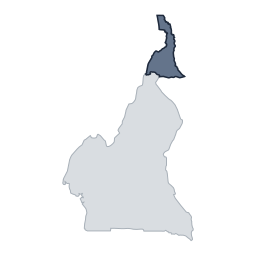 Extrême-Nord highlighted on a map of Cameroon
{"feature_id": "CMR-1462", "entity_name": "Extrême-Nord", "entity_type": "Province", "adm_level": 1, "iso_a3": "CMR", "parent_name": "Cameroon", "parent_adm1": "", "projection": "natural_earth1", "projection_center": [14.611, 11.501], "detail": "fine", "context": "in_parent", "style": "filled", "palette": "slate", "viewbox_px": 256, "rotation_deg": 0, "n_neighbors": 0, "source": "natural_earth", "source_scale": "10m", "svg_char_len": 7043}
<svg xmlns="http://www.w3.org/2000/svg" viewBox="0 0 256 256"><path d="M63.2,179.9L63.7,178.3L67.4,171.1L69.7,159.6L70.8,156.9L71.8,155.1L77.2,149.0L79.2,147.0L82.1,144.8L84.1,140.3L84.8,139.8L85.7,139.4L90.3,135.6L90.8,136.3L91.1,137.3L91.4,137.7L92.9,138.0L94.9,138.0L96.1,137.7L96.7,136.9L97.4,134.8L97.7,134.4L98.2,134.3L100.5,135.8L104.1,140.0L105.1,140.7L105.5,141.5L106.3,145.3L106.7,146.3L107.5,146.6L108.9,146.4L110.4,145.7L111.7,144.7L113.0,143.5L113.9,142.4L114.3,141.5L114.5,138.4L114.8,137.7L119.6,133.2L119.5,132.8L118.7,131.6L118.0,130.2L118.7,128.7L119.4,127.6L122.2,123.9L122.4,121.2L124.6,116.9L125.9,111.3L126.0,110.2L128.9,104.0L131.9,103.5L133.1,102.6L134.4,101.1L135.3,99.6L135.7,98.3L136.0,95.7L136.6,92.7L136.9,90.0L137.8,87.6L139.3,86.4L142.0,85.4L142.4,84.9L142.8,83.3L143.2,77.9L143.6,75.6L146.1,72.9L147.2,68.7L148.1,64.3L150.9,59.0L154.2,53.7L155.7,52.3L157.0,51.7L158.5,51.6L159.5,51.2L163.0,48.6L164.4,47.7L165.5,46.8L165.8,46.0L165.9,44.8L165.6,42.1L166.2,40.1L166.5,37.0L166.7,34.6L166.5,33.8L165.9,32.4L164.8,30.8L163.1,29.9L160.7,29.7L159.4,29.2L158.9,26.4L158.8,24.6L157.1,15.4L160.2,15.4L163.9,16.5L164.8,17.4L165.3,20.5L166.6,22.3L168.9,23.8L170.4,26.8L171.0,31.4L172.2,34.2L172.5,34.6L174.4,39.8L174.5,42.2L174.3,43.8L175.1,45.8L173.9,49.2L173.6,51.3L173.5,54.3L174.2,59.5L175.2,63.5L176.4,66.7L177.7,69.2L179.8,72.0L182.0,74.5L184.1,76.1L182.2,77.1L178.4,77.2L176.3,76.6L175.2,76.6L174.2,77.0L170.2,77.4L166.2,77.2L162.4,76.6L160.1,76.7L158.4,78.2L157.0,80.5L155.6,82.4L156.1,84.4L157.1,85.5L159.0,88.0L160.8,90.4L161.7,92.0L165.1,95.5L168.5,98.7L170.0,99.8L170.6,100.0L172.5,101.8L175.0,104.8L177.3,109.4L180.5,118.7L181.2,119.5L182.4,120.0L182.5,121.0L182.4,122.4L182.1,123.6L179.5,128.5L177.2,130.3L176.5,131.5L175.7,134.3L173.6,139.8L172.7,140.6L170.7,144.3L169.0,149.0L168.6,149.8L167.9,150.3L165.5,151.5L164.7,152.1L163.5,153.6L163.3,154.5L163.9,155.9L164.6,156.9L165.8,156.9L166.5,158.0L166.5,165.3L165.9,166.4L165.9,166.8L165.7,168.1L165.6,169.5L165.7,170.1L166.2,170.5L166.9,171.5L167.3,173.7L168.1,181.6L168.4,182.9L169.1,183.8L171.2,185.5L173.4,187.7L174.1,189.2L174.5,191.5L175.4,193.4L175.3,194.0L175.0,194.3L173.6,194.5L174.1,195.8L175.2,198.2L180.8,205.5L186.2,212.0L187.5,212.5L188.5,212.6L188.9,213.0L189.4,213.9L191.2,216.3L191.5,217.7L191.1,219.0L191.5,221.0L191.8,221.8L191.7,222.4L191.9,224.9L192.4,227.1L193.2,228.9L193.1,230.2L192.1,230.9L191.4,232.1L191.3,233.8L191.6,235.9L192.4,238.3L192.4,239.7L191.1,240.6L189.7,239.0L188.1,237.9L185.7,235.9L183.3,235.2L180.1,235.1L178.8,235.3L176.5,233.8L175.8,233.5L174.7,234.2L174.0,234.2L173.1,234.0L171.4,234.0L171.2,232.9L170.9,232.7L169.0,232.8L168.4,231.8L168.1,231.9L167.4,231.6L165.8,230.3L164.2,231.2L160.9,231.1L143.9,231.1L143.5,229.8L142.7,229.2L141.1,229.1L136.6,229.4L133.2,229.2L130.9,228.7L128.0,228.4L124.5,228.6L120.8,228.6L114.3,228.3L110.7,228.3L110.8,229.1L110.6,229.6L110.4,230.9L87.4,230.9L85.5,230.0L85.0,229.5L84.8,228.4L84.3,228.2L84.7,223.6L85.5,219.7L85.8,216.2L86.9,213.0L86.3,209.8L85.7,208.4L82.2,203.9L83.8,202.2L81.7,202.4L81.2,200.8L80.2,198.8L80.8,198.4L81.4,197.3L83.3,197.7L83.3,197.1L81.6,195.5L81.8,194.6L82.5,193.7L82.1,193.3L81.0,194.2L80.1,194.2L79.5,193.6L79.0,193.5L79.3,194.8L78.6,195.9L78.0,196.3L76.9,196.2L76.0,196.0L75.8,195.3L75.0,194.8L72.7,194.0L70.7,193.0L70.3,190.2L69.6,189.0L69.3,187.7L69.1,186.2L69.4,183.8L68.9,183.5L68.3,183.3L67.5,183.5L66.7,183.3L65.8,182.0L65.0,181.5L65.5,183.9L64.9,184.6L63.5,184.4L62.9,183.5L62.8,182.8L63.4,179.9L63.2,179.9Z" fill="#d9dde1" stroke="#a8b0b8" stroke-width="1"/><path d="M164.2,17.0L164.4,17.3L164.6,17.6L164.6,17.9L164.6,18.3L164.3,19.2L164.3,19.5L164.5,19.8L165.0,20.2L165.3,20.6L165.3,21.3L165.4,21.5L165.5,21.6L165.7,21.9L165.8,22.0L166.3,21.7L166.5,21.7L166.5,21.8L166.6,22.0L166.9,22.3L167.0,22.4L167.3,22.6L167.8,22.4L168.1,22.5L168.2,22.9L167.9,23.5L168.1,23.8L168.4,23.3L168.5,23.3L168.8,23.5L168.9,23.9L169.1,24.2L169.4,24.3L169.9,24.1L170.1,24.5L170.7,26.9L170.6,27.1L170.5,27.4L170.4,27.5L170.5,27.7L170.5,27.8L170.8,27.8L170.9,28.0L170.9,28.3L171.1,28.8L171.4,30.3L171.4,30.5L171.4,31.8L171.3,32.1L171.3,32.4L171.3,32.6L171.3,32.8L171.5,33.0L171.4,33.3L171.2,33.4L171.3,33.7L171.3,33.9L171.8,34.2L172.1,34.7L172.4,34.9L172.6,34.9L172.9,34.6L173.2,34.6L173.5,34.7L173.8,35.1L173.7,35.2L173.7,35.4L173.7,35.6L173.8,35.8L173.9,36.0L173.8,36.3L173.8,36.5L174.0,36.8L174.3,37.1L174.4,37.3L173.9,37.4L173.8,37.5L173.9,37.9L174.0,38.0L173.9,38.4L173.8,38.5L173.7,38.7L173.7,39.2L173.8,39.5L174.0,39.6L174.3,39.7L174.4,39.9L174.9,41.0L174.5,41.5L174.4,41.7L174.4,41.8L174.6,42.0L174.4,42.2L174.1,42.7L174.1,43.1L174.2,43.4L174.4,44.3L174.6,44.7L175.1,45.4L175.3,46.0L175.1,46.6L174.3,47.6L174.1,47.9L174.0,48.3L173.9,49.3L173.8,49.6L173.8,49.8L173.9,50.0L174.0,50.1L174.1,50.4L173.9,50.7L173.6,51.4L173.5,51.7L173.3,52.9L173.5,54.9L173.6,56.6L174.0,57.9L174.2,58.2L174.3,58.5L174.3,59.0L174.1,59.9L174.1,60.6L175.4,63.5L175.5,64.0L175.5,64.3L175.3,64.6L175.2,65.1L175.2,65.6L175.3,66.0L175.6,66.2L175.8,66.2L176.0,66.2L176.2,66.3L176.3,66.4L176.4,66.5L176.7,66.6L176.8,67.0L177.1,67.7L177.3,68.0L177.6,68.2L177.7,68.5L177.8,68.9L177.8,69.4L177.9,69.8L178.1,70.1L180.4,72.6L181.1,73.7L181.3,73.8L182.1,74.7L183.2,75.5L183.8,75.7L184.6,76.5L184.3,76.6L180.5,77.6L179.5,77.7L176.6,76.6L175.6,76.5L174.9,76.6L174.7,76.7L174.5,76.8L174.2,77.1L174.0,77.3L173.6,77.4L173.0,77.4L172.0,77.1L171.3,77.1L169.1,77.8L168.5,77.8L163.5,76.4L159.3,76.7L159.5,75.4L159.3,75.1L157.7,74.6L157.0,74.4L156.6,73.9L156.1,73.5L156.0,73.4L155.6,72.7L155.3,72.5L154.8,72.3L153.9,72.1L153.5,72.0L152.8,72.1L152.2,72.0L151.1,71.8L150.8,71.8L150.6,71.9L150.3,72.2L150.2,72.4L150.1,72.7L150.1,72.9L150.1,73.1L150.4,73.5L150.5,73.7L150.4,73.9L150.2,74.1L149.1,74.5L148.7,74.7L148.5,74.8L148.1,74.7L147.5,74.7L146.7,75.0L146.3,74.9L146.1,74.8L145.8,74.1L145.7,74.0L145.9,73.9L146.2,73.5L146.4,73.2L146.7,72.6L146.7,72.3L146.7,72.1L146.6,71.7L146.6,71.4L147.0,70.2L147.6,66.5L148.2,64.0L148.7,62.9L151.7,57.9L151.8,57.7L151.9,57.3L151.8,56.6L151.9,56.2L152.1,55.8L152.3,55.6L153.0,55.1L153.2,54.8L153.5,54.1L153.9,53.2L154.4,52.4L155.1,51.7L155.7,51.1L156.2,51.0L156.9,51.3L158.1,51.9L158.5,51.9L158.8,51.8L159.2,51.6L159.5,51.3L160.0,50.8L160.2,50.7L160.6,50.6L160.8,50.5L162.3,48.9L162.6,48.7L163.6,48.4L164.0,48.1L164.6,47.5L164.9,47.2L165.8,46.9L166.1,46.7L166.3,46.3L166.5,45.9L166.6,45.4L166.7,45.0L166.7,44.5L166.6,44.1L166.4,43.7L166.1,43.4L165.9,43.1L165.8,42.9L165.5,42.9L165.4,42.9L165.2,42.7L165.3,42.3L165.9,41.4L166.0,41.0L166.4,39.0L166.6,38.4L166.7,37.7L166.6,37.4L166.3,36.5L166.3,36.1L166.6,35.9L166.5,35.7L166.8,34.3L166.9,34.1L167.0,33.9L167.4,33.4L167.4,33.2L167.1,32.9L166.9,33.0L166.7,33.1L166.4,33.1L166.3,32.7L166.0,32.4L165.7,32.2L165.3,32.0L165.5,31.9L165.6,31.7L165.4,31.6L164.9,31.2L164.7,30.8L164.8,30.5L164.8,30.3L164.3,30.1L163.2,29.8L159.7,29.6L159.2,29.4L159.1,29.1L159.1,28.9L159.2,28.3L159.2,27.9L159.1,27.6L159.0,26.0L158.1,20.7L157.1,15.4L163.1,15.4L163.4,15.6L164.2,17.0Z" fill="#64748b" stroke="#1e293b" stroke-width="1.5"/></svg>